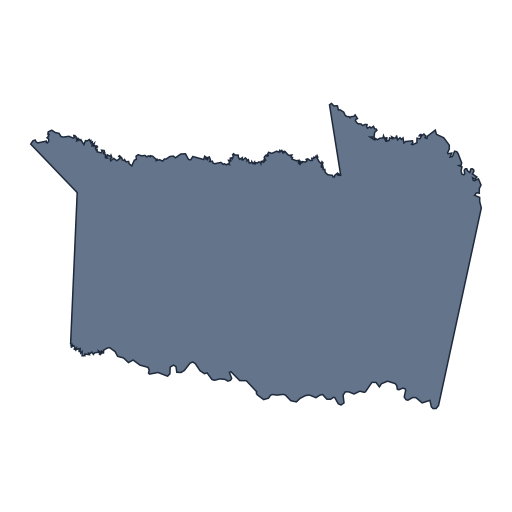 the district of Puerto Rondón, Arauca, Colombia
{"feature_id": "7082276B48605985455717", "entity_name": "Puerto Rondón", "entity_type": "district", "adm_level": 2, "iso_a3": "COL", "parent_name": "Colombia", "parent_adm1": "Arauca", "projection": "robinson", "projection_center": [-71.044, 6.421], "detail": "fine", "context": "isolated", "style": "filled", "palette": "slate", "viewbox_px": 512, "rotation_deg": 0, "n_neighbors": 0, "source": "geoboundaries", "source_scale": "gbopen_adm2", "svg_char_len": 6032}
<svg xmlns="http://www.w3.org/2000/svg" viewBox="0 0 512 512"><path d="M481.3,208.0L479.7,201.6L479.7,197.5L474.5,195.3L476.5,192.8L479.3,193.2L479.3,188.6L481.0,185.0L478.4,178.8L474.4,180.8L473.2,180.3L472.6,177.9L475.0,179.1L476.9,177.0L472.5,174.0L473.9,171.3L473.6,169.7L472.2,168.7L470.8,169.0L469.8,172.5L467.5,170.8L466.7,168.7L465.4,168.8L464.2,170.2L464.7,173.9L463.8,174.8L462.0,174.2L461.0,171.0L462.0,166.9L458.9,165.6L461.2,165.1L461.7,162.9L458.1,153.6L456.8,151.7L454.6,151.2L452.4,156.5L450.1,157.0L451.7,153.1L448.0,153.7L447.5,152.9L449.3,149.0L449.3,145.2L443.8,137.8L436.4,134.3L435.3,130.1L427.4,136.2L426.9,138.5L425.0,137.7L425.8,136.0L423.9,134.0L422.2,135.4L420.9,134.4L419.8,134.9L419.2,135.8L421.3,136.2L420.0,138.8L417.0,138.2L416.9,142.7L412.7,144.7L411.6,144.3L412.8,142.8L412.5,140.8L405.7,141.5L403.9,143.0L403.0,137.9L401.4,139.4L400.0,137.7L397.5,139.9L396.6,135.5L395.9,137.8L394.0,138.1L391.7,136.8L392.4,138.7L389.6,137.9L389.0,140.5L386.6,141.2L386.9,137.8L386.0,137.7L385.3,140.1L383.5,135.8L383.1,137.9L379.6,138.3L377.5,139.7L374.0,137.7L375.5,139.5L374.6,139.9L370.1,137.0L374.1,137.1L374.6,132.4L376.9,130.3L376.3,129.1L374.6,128.8L373.5,126.3L371.1,128.0L369.8,126.8L367.5,128.2L366.6,126.5L367.1,124.6L365.0,124.4L362.7,125.6L361.1,124.0L357.6,123.6L355.4,120.8L355.8,119.3L357.5,118.6L355.1,114.9L353.8,116.5L351.1,116.6L350.1,117.8L349.0,116.6L346.9,116.6L345.0,115.1L343.8,112.2L340.3,109.9L338.4,109.9L337.4,105.8L333.8,105.9L331.5,103.4L329.5,104.8L340.7,175.3L338.1,175.4L337.7,174.4L339.0,174.1L337.5,173.1L334.8,175.4L334.3,177.1L332.9,176.8L332.5,175.4L327.7,174.7L325.2,172.3L324.8,169.4L323.2,169.6L323.1,167.9L321.3,167.0L321.4,165.9L323.0,166.8L322.4,164.4L322.9,162.7L322.0,161.8L321.6,164.0L319.0,161.5L317.1,158.0L317.8,157.2L317.1,155.7L316.8,156.6L316.0,156.2L315.9,157.4L313.9,157.2L314.0,158.4L311.8,158.3L312.2,160.4L310.1,160.5L307.7,158.8L306.1,159.4L307.0,160.8L305.4,162.1L302.6,161.6L302.3,162.3L300.3,161.3L300.8,162.3L299.8,162.1L299.4,163.3L301.1,163.0L300.0,164.5L298.3,162.8L299.0,160.3L296.2,160.7L291.9,159.0L292.5,157.5L290.9,156.8L291.9,155.0L288.6,155.4L284.8,151.3L283.5,151.5L284.0,152.6L283.1,153.0L281.8,150.4L280.7,151.6L279.8,150.4L279.0,152.2L276.7,151.2L271.8,153.4L268.6,152.3L267.7,154.1L268.3,155.7L267.2,155.9L266.7,154.4L266.7,155.9L265.6,155.4L264.2,157.4L265.4,160.0L264.1,159.7L264.4,161.6L263.3,162.2L262.6,160.5L262.6,161.7L261.4,161.4L260.9,163.7L260.3,162.2L258.7,161.9L257.5,163.0L255.7,162.7L255.4,163.9L254.6,163.8L254.5,162.0L253.0,163.7L251.8,161.7L251.7,162.7L249.2,163.0L248.4,159.8L247.1,160.9L247.2,159.8L245.4,157.9L242.8,160.0L242.1,159.9L242.3,157.7L239.7,159.3L238.3,157.0L238.3,155.2L234.8,154.9L233.6,153.7L232.6,154.7L233.4,156.1L232.3,158.6L231.8,157.8L230.2,158.2L231.1,161.5L230.3,160.2L228.5,160.3L229.5,162.0L228.7,163.8L229.2,164.5L227.4,164.0L226.5,164.9L224.3,163.7L223.3,164.4L220.9,162.4L214.8,163.7L213.1,163.2L212.4,161.2L209.7,161.5L210.4,159.9L209.4,157.0L208.1,157.7L207.5,159.7L206.5,159.0L207.0,157.9L205.8,158.5L206.0,157.1L204.7,156.2L203.7,159.5L192.8,156.5L190.7,159.8L188.5,159.5L185.5,153.8L180.8,154.0L175.4,157.8L173.4,156.1L169.8,156.5L166.1,159.1L164.3,159.0L162.7,161.1L159.6,159.7L157.7,160.3L157.1,159.3L156.1,160.5L155.9,159.1L152.6,156.2L150.3,155.7L150.2,156.6L148.3,155.9L146.8,156.9L144.9,155.4L141.7,155.9L138.2,154.7L136.1,156.1L136.3,159.4L134.3,160.2L131.8,165.9L129.1,163.7L128.6,161.5L126.0,161.8L124.5,159.6L124.0,160.5L122.3,159.9L121.9,158.1L119.5,155.7L118.7,156.3L120.4,158.0L116.8,160.7L113.8,158.4L110.7,160.8L110.3,158.8L111.9,157.6L111.0,155.2L110.5,156.4L107.3,154.9L106.6,156.9L107.3,158.0L105.4,157.7L105.5,154.4L103.5,153.7L103.6,152.6L104.7,152.5L104.1,150.5L101.6,150.2L102.2,151.4L101.1,152.8L97.1,151.8L97.1,149.6L96.2,150.0L95.5,148.6L97.5,146.9L96.8,145.9L95.4,146.8L95.0,145.7L93.5,146.1L94.3,143.2L92.0,145.4L92.3,142.0L91.0,142.8L90.9,140.7L90.2,141.3L89.4,139.5L87.2,140.9L85.5,140.6L83.9,144.6L80.9,139.7L80.3,140.4L78.9,139.1L78.9,140.0L77.1,140.8L77.9,139.4L76.9,139.5L77.3,138.3L76.2,138.4L76.1,136.8L74.7,135.5L73.8,135.5L74.2,137.4L73.3,138.2L69.0,136.3L62.9,137.1L60.9,136.4L59.1,133.4L55.2,132.5L51.8,130.2L48.3,131.8L47.9,133.3L48.8,134.2L48.0,134.6L48.8,135.9L47.0,137.8L48.4,138.6L48.8,140.7L47.5,142.9L46.4,142.6L46.3,141.1L37.9,142.9L36.1,142.0L35.2,140.0L32.9,140.8L30.7,144.1L77.2,192.6L70.6,343.8L71.8,344.1L71.0,345.5L71.4,347.1L72.7,346.4L72.6,345.2L74.2,346.2L75.1,348.1L73.7,349.4L75.1,349.0L75.8,350.1L76.7,348.2L76.9,349.3L80.2,348.5L80.1,350.7L79.1,350.4L79.1,351.4L80.8,352.0L80.8,352.9L82.1,351.6L82.1,355.8L84.9,355.7L84.9,354.0L89.4,354.7L88.7,353.2L90.4,353.4L91.8,352.1L93.4,354.4L94.6,352.8L98.7,352.2L98.4,350.8L100.6,352.3L99.3,353.9L100.2,354.6L101.9,352.7L101.0,351.9L101.5,351.0L102.7,351.9L102.6,353.0L103.5,353.0L103.7,350.1L107.6,347.9L109.7,347.7L115.1,351.6L117.6,356.3L123.6,358.0L128.5,362.6L133.1,360.0L139.9,365.1L148.1,367.4L149.2,370.3L148.5,373.1L149.5,374.1L158.0,372.5L167.6,376.2L169.9,373.8L170.2,367.1L173.5,365.1L176.0,366.7L176.8,372.3L181.1,372.5L184.4,370.4L190.1,363.1L192.8,362.0L195.3,363.6L200.0,370.7L204.5,373.7L207.1,372.9L211.9,379.5L214.4,380.3L219.9,378.9L225.0,379.4L227.8,381.1L230.5,380.3L231.7,378.3L229.4,372.5L231.0,371.7L239.7,380.6L246.3,380.7L256.7,391.8L256.3,393.1L257.3,394.8L263.6,399.6L268.5,398.2L270.4,395.4L272.2,394.5L277.1,395.1L282.9,394.4L285.2,394.9L290.8,400.7L296.4,401.9L300.0,398.4L305.4,395.6L309.4,395.0L316.0,397.7L319.7,395.2L322.6,394.5L326.8,399.2L330.6,399.3L333.5,397.3L334.8,397.7L338.3,403.8L341.0,405.0L344.0,402.9L343.1,395.1L345.4,391.8L348.9,391.9L354.0,394.0L359.8,391.2L364.1,392.3L365.4,391.9L371.9,382.4L376.0,382.4L379.4,386.9L381.5,383.7L387.6,381.2L395.2,383.6L396.7,385.6L397.4,389.4L399.1,389.7L402.6,388.2L404.8,388.6L405.7,390.3L404.2,397.0L406.0,399.7L407.9,400.2L412.8,397.5L416.0,397.7L422.1,402.9L429.9,400.4L431.4,406.9L433.1,408.6L436.1,408.5L438.5,405.6L481.3,208.0Z" fill="#64748b" stroke="#1e293b" stroke-width="1.5"/></svg>